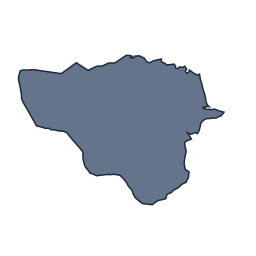 Pyrga Larnakas, Larnaca, Cyprus (Equal Earth projection), rotated 77°
{"feature_id": "46923920B28061870845147", "entity_name": "Pyrga Larnakas", "entity_type": "district", "adm_level": 2, "iso_a3": "CYP", "parent_name": "Cyprus", "parent_adm1": "Larnaca", "projection": "equal_earth", "projection_center": [33.443, 34.902], "detail": "fine", "context": "isolated", "style": "filled", "palette": "slate", "viewbox_px": 256, "rotation_deg": 77, "n_neighbors": 0, "source": "geoboundaries", "source_scale": "gbopen_adm2", "svg_char_len": 1983}
<svg xmlns="http://www.w3.org/2000/svg" viewBox="0 0 256 256"><g transform="rotate(77 128 128)"><path d="M134.2,30.9L134.1,31.1L131.0,36.7L129.3,38.8L128.8,41.7L128.8,44.2L127.8,44.6L127.8,46.4L127.0,47.9L125.8,50.4L124.7,50.2L124.9,48.8L125.3,47.3L124.5,46.5L125.4,44.1L123.6,45.4L120.3,46.1L116.4,45.7L112.2,45.7L109.6,46.0L105.6,46.2L101.0,46.2L97.1,46.6L91.6,46.2L92.1,48.1L90.9,50.1L88.4,52.6L85.4,54.9L87.4,56.7L88.0,58.6L85.4,59.5L83.8,57.5L80.6,58.8L81.3,61.3L80.0,64.1L81.5,66.1L80.4,68.0L78.0,67.8L76.1,68.8L75.8,71.7L75.3,76.2L73.1,77.6L72.6,78.7L71.2,79.9L69.7,80.7L68.3,80.0L68.2,87.7L69.3,92.4L68.0,94.5L65.8,95.6L63.2,96.7L62.3,98.2L60.2,100.7L59.9,102.7L59.5,104.9L60.8,106.4L60.1,109.6L59.1,107.7L57.5,110.5L56.8,113.3L61.7,126.3L60.3,132.4L61.8,138.8L60.8,144.7L62.8,154.0L52.8,163.7L60.0,180.8L57.9,186.3L49.8,207.1L48.8,213.7L48.0,216.5L47.9,220.0L50.4,221.4L52.6,222.7L55.7,223.7L57.4,223.9L61.4,223.8L66.1,224.0L68.3,224.1L72.9,224.5L75.5,225.1L79.7,224.3L104.6,216.8L105.3,216.7L107.5,212.3L109.7,208.6L110.5,205.1L112.4,203.4L113.4,199.7L115.3,196.0L116.7,191.6L118.7,188.7L123.3,186.6L128.4,184.0L136.4,179.6L141.7,177.2L144.8,178.2L147.8,178.7L151.7,178.8L155.6,178.5L157.6,177.8L159.9,176.6L161.9,175.6L163.1,175.5L165.4,172.0L167.5,169.2L167.9,165.1L168.2,162.4L168.5,159.3L169.5,155.7L169.8,153.5L170.0,151.8L172.3,146.4L176.0,144.1L180.2,142.0L184.8,140.7L189.3,138.2L194.0,137.6L197.4,136.7L201.6,133.6L204.7,131.2L205.8,128.3L206.9,125.2L208.2,121.5L206.3,117.7L205.4,114.5L205.5,111.4L205.4,107.3L204.3,106.3L202.2,105.6L201.0,103.2L200.7,100.4L198.7,97.5L198.1,94.7L197.4,92.2L195.0,88.4L193.9,83.6L193.7,83.6L189.6,80.1L186.3,79.1L184.4,78.2L184.5,78.3L181.4,81.4L176.4,81.4L172.1,80.3L168.2,78.6L163.8,76.6L158.3,76.5L155.3,76.2L154.1,74.9L153.0,68.7L145.9,71.2L148.3,67.9L147.6,63.3L149.1,61.9L147.6,60.0L143.7,57.8L139.8,55.9L138.0,53.8L136.5,50.2L138.0,39.8L136.9,34.2L134.2,30.9Z" fill="#64748b" stroke="#1e293b" stroke-width="1.5"/></g></svg>